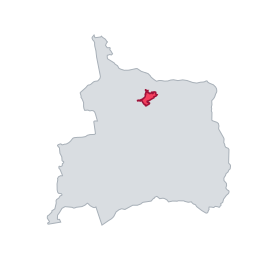 location of Kiri, Bandundu, Democratic Republic of the Congo, rotated 80°
{"feature_id": "63176286B37259268611319", "entity_name": "Kiri", "entity_type": "district", "adm_level": 2, "iso_a3": "COD", "parent_name": "Democratic Republic of the Congo", "parent_adm1": "Bandundu", "projection": "albers", "projection_center": [19.184, -1.724], "detail": "fine", "context": "in_parent", "style": "filled", "palette": "rose", "viewbox_px": 256, "rotation_deg": 80, "n_neighbors": 0, "source": "geoboundaries", "source_scale": "gbopen_adm2", "svg_char_len": 6619}
<svg xmlns="http://www.w3.org/2000/svg" viewBox="0 0 256 256"><g transform="rotate(80 128 128)"><path d="M219.1,170.5L200.2,173.3L200.6,174.4L200.4,175.5L199.9,176.4L198.0,178.7L195.1,180.8L195.1,181.3L196.5,183.7L197.4,187.0L197.1,192.7L197.5,194.3L197.4,195.5L196.4,196.8L194.5,203.7L195.7,207.0L199.4,210.2L201.6,212.5L205.2,213.3L205.8,213.2L206.1,211.3L209.0,210.6L208.9,222.8L208.7,223.5L208.1,223.7L207.4,223.3L207.2,222.1L206.5,221.6L202.9,223.1L202.0,223.0L201.0,222.7L200.3,222.1L200.1,221.2L197.6,217.6L196.3,217.3L195.0,214.1L189.4,211.7L187.2,211.5L186.1,210.8L185.0,208.3L183.1,206.6L182.7,204.8L182.3,204.6L181.2,204.9L180.2,207.8L178.9,208.4L176.6,208.5L170.8,207.6L166.7,206.1L165.6,206.2L164.0,204.9L163.3,202.7L163.7,201.0L163.4,200.7L157.1,202.1L155.6,203.0L154.1,202.8L153.7,202.3L154.3,201.1L154.0,199.8L153.6,199.3L151.7,198.8L151.1,197.4L150.0,197.2L149.6,197.4L149.3,198.3L148.6,198.6L144.9,198.2L141.0,199.4L135.7,199.0L133.2,200.5L132.9,200.4L132.3,199.7L131.9,197.4L132.1,196.7L132.9,196.3L133.2,195.3L132.9,192.9L133.1,192.3L132.9,190.9L132.1,188.7L131.0,186.9L128.6,184.2L128.2,182.9L128.4,179.9L129.1,175.0L129.1,171.5L128.1,169.1L127.9,166.6L128.5,162.1L127.9,161.0L116.0,160.6L115.5,160.3L115.3,159.6L115.8,156.9L108.5,157.6L106.3,158.1L105.0,159.2L104.5,160.6L104.5,162.6L103.4,164.4L103.1,167.6L101.1,168.0L99.1,168.0L95.2,167.3L91.4,168.2L89.5,169.0L88.6,168.6L85.2,169.0L84.7,168.7L80.9,162.5L79.1,160.4L78.8,159.4L78.9,158.4L78.5,157.1L76.6,153.9L76.3,152.4L76.4,150.0L76.2,149.3L74.5,147.2L73.5,146.6L72.3,146.2L52.8,146.6L46.3,146.2L41.6,146.5L39.2,146.3L38.5,146.0L36.4,146.5L35.3,147.3L33.6,147.8L32.5,147.6L30.5,145.3L33.2,144.9L33.4,144.6L33.6,139.0L32.9,138.3L34.3,137.3L36.7,134.8L39.0,133.9L39.3,133.4L39.8,133.4L40.7,134.5L42.7,135.8L45.2,134.6L45.4,134.3L45.7,131.9L46.4,131.7L47.4,132.2L48.0,132.2L49.1,131.5L52.3,130.3L53.2,131.8L52.4,133.2L52.7,134.2L52.8,135.7L53.4,136.0L55.9,136.2L56.6,135.8L61.5,130.3L62.8,129.7L64.9,127.5L67.7,126.5L68.9,124.8L70.5,121.7L71.2,117.2L70.9,109.5L71.2,108.5L74.5,105.1L77.9,98.8L80.3,97.1L82.0,96.4L84.7,94.1L86.9,91.8L86.6,89.1L87.1,86.8L88.2,83.8L88.6,80.7L88.2,77.5L88.4,74.8L90.0,70.6L90.1,65.7L91.5,61.6L94.4,56.4L95.7,52.5L95.5,48.7L95.8,45.9L95.7,44.3L95.2,42.9L95.4,42.0L96.5,41.6L97.9,40.2L100.3,36.4L102.9,34.6L104.8,34.0L106.7,34.1L107.9,34.4L109.9,35.9L112.2,37.1L113.9,38.5L115.6,40.8L119.7,41.3L121.5,42.1L122.5,42.4L122.9,42.2L123.8,42.3L125.7,43.0L127.2,42.6L134.8,44.1L135.6,43.4L137.8,39.5L139.3,38.2L141.9,38.1L143.9,38.8L145.0,38.8L154.3,35.5L155.5,35.3L158.9,36.2L161.1,35.6L162.0,35.8L163.9,35.2L165.4,32.9L166.7,32.3L180.0,35.0L182.1,33.7L183.1,33.6L186.0,34.5L186.9,36.0L188.7,37.2L189.9,39.3L191.9,40.4L192.9,41.5L194.1,42.3L196.5,42.6L199.6,40.7L201.8,40.9L203.9,42.0L204.7,41.9L206.3,40.9L207.2,39.7L208.1,39.5L209.4,40.0L210.4,41.1L211.3,42.7L214.6,46.2L217.8,47.7L218.6,49.9L219.8,49.7L220.4,49.9L221.2,51.2L221.8,51.5L221.9,52.1L221.1,53.4L220.3,55.8L221.2,57.3L220.4,59.5L219.9,61.8L221.0,62.3L222.3,62.3L223.6,63.5L224.5,63.7L225.5,65.0L225.3,66.0L222.1,69.7L217.3,74.1L215.6,74.7L214.8,75.5L214.2,76.8L212.8,77.9L211.7,78.4L211.6,81.6L210.0,85.0L209.4,85.7L208.4,91.2L208.6,92.2L207.7,96.7L207.8,100.9L205.5,102.2L203.9,104.2L203.2,105.7L203.1,109.1L200.5,111.2L200.3,111.6L201.0,114.1L201.9,114.5L201.9,115.3L204.0,117.9L203.8,125.9L203.9,126.6L205.0,128.5L205.7,132.2L204.9,136.8L207.7,145.2L206.4,148.3L207.0,151.2L208.6,154.3L212.7,157.4L213.7,158.7L214.7,160.4L215.7,163.0L219.1,170.5Z" fill="#d9dde1" stroke="#a8b0b8" stroke-width="1"/><path d="M97.2,98.8L97.4,99.0L97.5,99.1L97.6,99.6L97.8,99.8L97.9,100.3L97.9,100.5L97.7,100.5L97.5,100.8L97.6,101.0L97.4,101.2L97.2,101.2L97.2,101.3L97.0,101.5L96.9,101.6L96.9,101.8L96.7,102.1L96.6,102.3L96.5,102.2L96.5,101.9L96.4,101.8L96.1,102.0L95.9,102.1L95.7,102.1L95.4,102.1L95.2,102.1L94.9,102.2L94.8,102.3L94.7,102.2L94.7,102.3L94.5,102.5L94.4,102.6L94.3,102.8L94.2,103.3L94.2,103.5L94.0,103.8L93.9,103.8L93.7,103.8L93.4,103.9L93.4,104.0L93.5,104.0L93.9,104.2L94.0,104.2L94.3,104.1L94.5,103.9L94.8,103.9L95.0,103.8L95.1,103.7L95.3,103.7L95.5,103.7L95.9,103.7L96.0,103.7L96.3,103.8L96.4,104.0L96.4,104.3L96.5,104.3L96.8,104.5L97.3,104.9L97.5,104.8L97.8,104.8L97.9,105.0L98.1,104.8L98.3,104.9L98.4,105.0L98.6,105.1L98.8,105.2L99.1,105.4L99.4,105.4L99.5,105.4L100.0,105.7L100.8,106.3L101.3,107.2L101.2,107.2L101.2,107.3L101.3,107.4L101.3,107.5L101.4,107.8L101.5,107.9L101.8,108.1L102.0,108.6L102.2,108.8L102.3,108.8L102.3,109.1L102.2,109.3L102.2,109.5L102.2,109.8L102.3,109.9L102.3,110.2L102.4,110.5L102.6,110.8L102.6,111.1L102.7,111.4L102.7,111.6L102.7,111.8L102.6,112.1L102.5,112.3L102.5,112.5L102.5,112.8L102.4,113.0L102.5,113.5L102.5,113.8L102.8,113.9L103.0,113.8L103.0,113.7L103.0,113.3L103.0,113.1L103.0,112.8L103.0,112.6L103.0,112.4L103.0,112.2L103.3,111.9L103.4,111.7L103.5,111.3L103.4,111.3L103.3,111.2L103.2,111.2L103.1,110.9L103.2,110.7L103.1,110.4L103.0,110.1L102.9,110.0L102.9,109.9L102.7,109.6L102.8,109.5L103.0,109.5L103.3,109.6L103.5,109.7L103.8,109.6L104.1,109.5L104.4,109.4L104.5,109.3L104.7,109.2L104.9,109.1L105.0,109.1L105.3,109.0L105.5,109.0L106.0,108.7L106.3,108.5L106.7,108.4L106.8,108.3L107.0,108.2L107.3,108.1L107.5,107.9L107.7,107.6L107.9,107.4L107.9,107.2L108.0,107.2L108.3,107.0L108.6,107.0L108.6,106.8L108.6,106.7L108.9,106.5L109.0,106.5L109.3,106.5L109.3,106.4L109.3,106.2L109.2,105.9L109.2,105.7L108.8,105.4L108.8,105.2L108.7,104.9L108.7,104.7L108.5,104.3L108.5,104.2L108.4,104.0L108.4,103.8L108.4,103.7L108.3,103.4L108.2,103.4L108.2,103.2L107.9,103.0L107.8,102.9L107.7,102.9L107.6,102.7L107.4,102.5L107.3,102.4L107.2,102.4L107.1,102.5L106.9,102.7L106.7,103.2L106.6,103.3L106.4,103.4L106.3,103.6L106.2,103.8L106.2,104.0L106.2,104.3L106.0,104.5L105.9,104.5L105.6,104.6L105.2,104.6L104.8,104.3L104.8,104.2L104.9,103.9L104.9,103.7L104.9,103.4L104.7,103.1L104.6,102.9L104.6,102.7L104.7,102.4L104.6,102.2L104.4,101.8L104.4,101.7L104.3,101.4L104.2,101.2L104.1,100.9L103.9,100.5L103.6,100.0L103.5,99.6L103.5,99.4L103.3,98.9L103.2,98.6L103.1,98.3L103.0,98.0L102.9,97.8L102.8,97.5L102.7,97.3L102.7,97.2L102.4,97.0L102.1,97.0L101.8,97.0L101.8,96.9L101.7,96.8L101.7,96.6L101.7,96.3L101.7,96.1L101.6,95.8L101.6,95.7L101.6,95.3L101.5,95.1L101.4,94.9L101.2,94.6L101.0,94.4L100.9,94.1L100.7,93.9L100.4,93.7L100.4,93.9L100.3,94.1L100.2,94.2L100.2,94.3L99.7,94.6L99.3,94.6L99.1,94.7L98.9,94.7L98.7,94.6L98.4,94.5L97.5,94.6L97.3,95.1L97.2,95.3L97.0,95.8L97.0,96.6L97.8,96.8L98.1,97.2L98.3,97.8L98.3,98.1L97.9,98.3L97.5,97.9L97.0,97.6L96.9,97.9L96.8,98.3L97.0,98.7L97.2,98.8Z" fill="#f43f5e" stroke="#9f1239" stroke-width="1.5"/></g></svg>